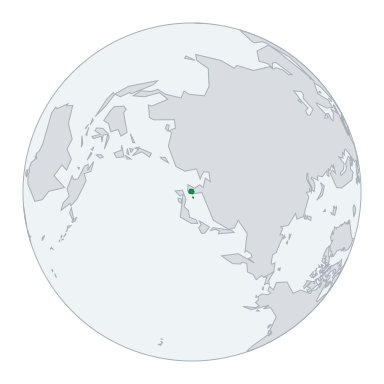 North Gyeongsang on an orthographic globe, rotated 110°
{"feature_id": "KOR-2509", "entity_name": "North Gyeongsang", "entity_type": "Metropolitan City", "adm_level": 1, "iso_a3": "KOR", "parent_name": "South Korea", "parent_adm1": "", "projection": "orthographic", "projection_center": [128.783, 36.538], "detail": "fine", "context": "on_globe", "style": "filled", "palette": "green", "viewbox_px": 384, "rotation_deg": 110, "n_neighbors": 0, "source": "natural_earth", "source_scale": "10m", "svg_char_len": 12546}
<svg xmlns="http://www.w3.org/2000/svg" viewBox="0 0 384 384"><g transform="rotate(110 192 192)"><circle cx="192" cy="192" r="169" fill="#eef3f6" stroke="#a8b0b8"/><path d="M318.6,290.1L318.4,290.9L318.2,291.1L318.6,290.1ZM320.6,82.5L320.6,82.4L320.9,82.7L323.2,85.5L321.5,83.8L322.2,85.8L315.3,82.0L300.0,71.7L301.0,70.7L297.2,68.7L295.7,70.1L295.6,71.6L280.5,70.1L273.8,78.4L277.2,84.8L272.1,80.8L282.3,96.1L282.1,105.0L278.9,92.7L275.9,89.9L274.1,94.6L270.7,92.7L267.9,94.1L264.0,91.6L262.4,85.1L259.8,83.5L258.7,87.0L254.1,87.0L256.1,82.1L248.2,81.8L244.1,71.9L252.6,62.4L247.0,56.4L246.9,46.0L243.6,45.6L241.4,42.0L236.7,40.3L238.0,39.3L233.2,38.9L232.9,40.2L230.6,40.6L227.8,39.9L229.0,38.3L230.6,38.4L229.5,37.6L231.3,37.2L228.8,37.0L230.6,35.4L224.8,35.9L222.7,33.9L225.0,33.1L230.1,34.5L248.1,37.6L252.0,38.0L252.3,36.8L241.8,31.4L243.9,31.6L242.8,30.9L239.2,29.9L238.8,30.2L231.9,28.6L232.1,29.6L229.4,29.2L227.5,30.1L222.1,28.7L217.8,27.0L219.0,26.4L217.2,25.8L211.3,25.6L209.2,24.2L200.3,23.2L212.8,24.3L225.1,26.3L237.3,29.2L249.3,33.0L260.9,37.7L272.2,43.3L283.0,49.6L293.3,56.8L303.0,64.6L312.2,73.2L320.6,82.5ZM346.8,171.8L345.4,168.8L346.8,168.9L346.8,171.8ZM344.1,168.3L344.7,169.0L344.1,168.6L344.1,168.3ZM343.4,168.8L343.9,168.4L343.4,169.2L343.4,168.8ZM342.6,169.9L343.0,169.2L343.0,169.4L342.6,169.9ZM340.9,170.6L340.4,170.7L340.6,169.7L340.9,170.6ZM296.2,72.7L296.0,70.4L298.6,70.0L299.2,72.1L296.2,72.7ZM290.7,74.1L289.7,72.3L294.0,74.0L293.3,74.5L290.7,74.1ZM280.4,90.1L280.9,87.6L281.6,90.8L280.4,90.1ZM268.2,94.7L269.1,96.1L267.3,96.3L268.2,94.7ZM230.6,30.9L229.1,30.5L230.2,30.5L230.6,30.9ZM231.2,31.7L233.6,32.1L234.3,32.5L232.8,32.3L231.2,31.7ZM259.6,92.7L256.3,92.8L259.4,91.6L259.6,92.7ZM228.1,31.3L235.2,33.3L236.3,34.2L231.5,34.2L228.1,31.3ZM254.2,92.1L246.3,92.7L247.7,95.6L239.3,87.9L248.8,89.7L252.3,87.7L252.0,90.3L254.2,92.1ZM234.0,41.0L234.2,39.6L236.6,41.5L234.0,41.0ZM236.1,42.2L246.6,48.4L244.9,50.5L241.7,47.9L241.6,51.4L235.6,49.3L234.3,46.9L236.6,45.9L232.5,45.9L236.1,42.2ZM235.9,83.8L233.7,83.1L235.7,82.6L235.9,83.8ZM229.9,41.0L232.2,41.9L230.9,43.7L226.1,42.2L228.1,42.1L229.9,41.0ZM244.5,53.5L242.7,54.7L237.3,53.3L235.9,53.7L235.3,49.4L244.5,53.5ZM226.9,41.3L223.7,41.4L221.8,40.0L227.6,40.2L226.9,41.3ZM232.6,44.9L231.7,45.7L230.6,44.7L232.6,44.9ZM213.1,35.4L215.9,36.2L215.4,37.2L213.1,35.4ZM222.6,41.6L223.3,42.1L223.4,42.6L220.9,42.4L222.6,41.6ZM231.6,48.9L229.7,48.1L231.5,50.5L227.6,49.8L227.9,47.2L226.1,48.0L224.9,47.8L226.5,45.9L231.6,48.9ZM218.8,44.0L217.8,40.8L212.8,38.9L213.0,38.0L221.1,41.2L218.8,44.0ZM223.2,45.2L220.5,44.2L222.2,43.4L225.0,43.6L223.2,45.2ZM224.8,50.3L230.7,52.1L230.5,52.6L224.8,50.3ZM217.0,43.6L217.3,44.4L216.4,43.5L217.0,43.6ZM222.0,48.3L224.2,48.8L223.8,49.4L222.0,48.3ZM216.0,45.7L215.7,44.6L217.6,44.6L216.0,45.7ZM218.5,47.0L217.5,47.7L218.5,45.3L219.5,47.1L218.5,47.0ZM221.3,48.8L221.8,49.3L220.5,48.5L221.3,48.8ZM208.9,46.3L209.8,43.3L214.0,43.3L212.6,46.2L208.9,46.3ZM79.1,66.3L74.8,70.5L72.4,73.1L68.5,76.7L54.6,94.3L56.4,93.3L49.1,107.5L47.7,114.6L56.6,107.3L59.0,95.4L64.7,88.8L67.0,94.3L65.7,105.6L67.9,103.5L73.1,93.0L77.3,92.7L75.5,89.3L72.9,92.8L71.6,90.9L73.9,87.7L75.3,87.5L77.0,83.7L69.9,85.9L66.5,89.7L68.1,82.9L62.6,88.8L61.5,88.7L70.4,78.8L72.9,76.9L85.7,64.4L83.1,65.7L70.9,77.8L72.7,75.4L69.1,77.9L73.3,74.1L87.3,61.2L91.8,56.4L90.5,56.9L105.0,47.2L99.2,51.0L102.1,49.4L110.9,44.4L107.0,47.0L109.3,46.0L106.0,48.6L108.0,49.6L105.6,52.3L112.7,50.5L112.5,51.8L108.3,52.4L104.2,54.6L99.1,62.4L100.0,63.3L105.1,61.6L103.0,64.3L108.6,61.7L108.8,66.0L113.2,58.8L119.2,57.4L122.8,59.1L125.6,57.5L119.7,54.9L116.7,55.1L112.8,57.2L105.2,57.5L105.6,55.4L116.5,50.7L118.2,47.5L126.0,45.9L137.1,52.9L138.4,57.5L127.3,68.2L123.3,67.7L125.3,63.5L117.6,68.8L121.0,67.6L119.3,70.1L124.7,69.8L123.7,71.6L130.5,68.6L129.9,70.8L125.7,72.6L133.1,74.7L133.7,79.3L135.8,79.0L137.9,77.4L137.3,84.7L138.9,84.2L139.7,81.5L143.5,78.9L149.8,77.3L149.2,79.9L146.9,80.8L141.0,86.9L134.8,89.4L135.2,90.3L140.4,88.9L147.6,81.3L151.6,79.7L148.7,83.3L150.1,81.9L151.9,81.9L153.1,84.4L156.5,80.6L177.1,78.9L181.6,84.2L176.7,87.3L190.5,90.2L194.4,96.9L195.2,94.3L202.3,94.6L201.2,92.5L202.1,91.3L219.9,92.2L223.6,94.8L232.1,93.2L232.5,92.0L230.2,89.9L239.3,87.9L247.7,95.6L246.4,97.9L252.5,101.6L248.6,106.4L248.2,112.4L240.4,116.1L240.7,120.9L243.1,121.8L245.4,129.4L241.9,142.4L234.2,127.5L237.4,109.2L235.2,116.0L232.6,113.4L229.9,115.3L228.5,120.5L230.3,121.7L212.2,125.9L202.8,138.9L211.1,139.7L214.6,144.8L211.1,162.4L189.2,182.5L193.6,191.3L192.7,196.3L186.4,198.3L187.5,190.9L182.6,187.2L184.1,183.0L174.3,184.3L176.1,178.4L167.6,182.8L169.0,188.1L177.0,188.8L168.8,195.6L174.8,205.7L173.6,215.7L157.2,229.8L143.4,231.5L142.2,234.3L137.6,229.4L130.1,233.3L137.3,252.7L136.5,257.4L125.1,262.8L125.1,259.3L113.1,246.4L109.7,256.6L118.7,269.1L121.8,280.4L114.4,274.7L111.4,264.4L107.2,259.5L109.2,250.4L107.3,234.4L99.8,234.1L101.2,228.4L97.4,213.2L87.2,212.0L70.4,219.0L66.7,232.6L61.5,235.6L58.5,209.7L61.3,194.7L57.7,193.0L56.8,175.8L47.8,162.0L48.8,157.3L46.6,156.2L46.3,148.2L48.7,140.9L47.5,138.1L41.6,157.4L43.2,160.6L47.7,158.9L45.5,164.7L46.1,173.8L37.3,179.1L27.7,170.3L30.6,159.3L43.3,121.7L45.1,119.6L45.3,119.3L45.7,118.6L42.9,121.5L46.4,114.8L35.4,138.0L31.9,146.5L27.5,170.6L27.0,171.1L26.7,177.4L30.6,184.7L29.7,187.9L25.6,197.6L23.4,202.6L23.1,189.9L23.7,177.2L25.3,164.6L27.8,152.2L31.2,140.0L35.6,128.1L40.8,116.5L46.9,105.4L53.8,94.7L61.5,84.6L70.0,75.2L79.1,66.3ZM60.3,123.6L62.1,130.9L68.1,121.7L69.3,123.9L70.9,120.2L68.5,121.1L73.5,111.6L76.7,113.0L80.0,109.9L79.6,107.4L72.9,106.5L65.7,119.7L62.4,120.6L60.3,123.6ZM125.3,39.0L122.0,40.6L120.1,40.8L123.2,38.5L126.0,37.9L125.3,39.0ZM117.9,42.8L127.9,39.5L126.4,41.2L125.5,40.7L123.6,42.2L121.6,41.9L110.4,47.2L108.0,47.9L114.9,42.5L114.0,43.7L117.2,42.0L117.9,42.8ZM156.1,31.7L160.4,31.3L151.7,35.3L148.6,35.3L151.4,32.7L156.7,31.2L156.1,31.7ZM218.4,31.4L220.6,31.7L220.3,32.0L218.1,32.1L218.4,31.4ZM214.4,35.7L208.3,30.7L210.5,30.7L204.3,28.3L207.7,27.5L211.7,29.0L209.6,26.8L214.6,27.8L212.5,26.5L221.0,29.9L225.3,31.0L219.1,30.0L215.8,30.6L215.7,31.3L218.7,34.1L226.5,37.3L224.4,38.9L220.9,39.1L218.8,38.5L220.8,37.6L216.4,37.6L217.7,35.9L214.4,35.7ZM181.2,46.4L184.4,44.6L175.9,46.0L177.1,43.6L176.0,43.9L174.8,42.1L171.4,40.7L172.7,39.7L170.9,39.6L170.0,38.6L167.9,38.2L169.5,36.4L167.0,35.8L169.2,35.3L164.5,34.9L168.7,34.4L168.0,33.4L164.3,34.4L178.1,27.6L180.7,25.7L180.5,24.6L187.8,24.5L192.5,25.7L195.1,27.9L191.7,30.0L195.6,29.8L195.0,30.8L192.2,30.5L196.3,31.6L195.1,32.4L197.4,35.6L204.1,37.1L205.1,38.5L201.9,38.3L205.2,39.9L199.8,40.6L200.4,41.7L195.7,43.8L189.1,43.2L190.3,44.5L186.8,46.4L181.2,46.4ZM207.4,46.8L199.3,46.2L196.0,44.7L205.6,41.8L205.8,40.7L211.8,39.2L216.5,41.5L214.3,41.7L213.3,42.4L212.3,41.4L212.4,42.8L209.4,43.1L208.7,44.4L206.3,43.8L207.4,46.8ZM72.8,73.2L71.4,74.8L70.1,76.8L67.8,78.6L72.8,73.2ZM82.2,64.3L81.5,65.2L77.6,68.3L79.0,66.8L82.2,64.3ZM84.4,63.3L81.7,65.0L84.0,63.2L84.4,63.3ZM108.0,53.3L107.6,54.4L106.3,55.0L105.0,55.0L108.0,53.3ZM156.2,51.4L158.6,50.2L159.2,50.6L165.3,49.9L164.9,51.8L161.1,53.1L156.2,51.4ZM55.1,106.8L53.6,106.6L54.7,104.6L55.0,105.0L55.1,106.8ZM59.5,91.5L56.9,96.1L58.9,92.0L59.5,91.5ZM156.7,53.4L159.3,52.8L157.5,54.1L156.7,53.4ZM164.9,53.3L163.4,54.9L165.5,52.0L164.9,53.3ZM29.8,239.3L29.5,238.1L32.4,247.3L29.8,239.3ZM163.6,312.3L168.8,313.6L168.7,314.1L163.6,312.3ZM158.1,309.4L164.0,310.6L157.2,310.5L158.1,309.4ZM166.3,311.0L172.3,310.8L174.9,310.2L174.5,311.3L166.3,311.0ZM154.2,308.7L133.4,303.7L125.3,299.8L127.1,298.2L140.1,302.3L154.2,308.7ZM126.4,298.0L114.4,287.8L99.2,262.5L104.6,265.2L120.7,283.0L119.7,284.6L127.0,291.9L126.4,298.0ZM156.2,293.8L155.1,299.4L143.5,296.4L138.3,294.2L134.7,285.6L136.7,282.2L140.9,283.4L158.1,273.4L163.9,277.9L158.5,282.8L163.3,289.0L156.2,293.8ZM67.1,234.3L68.9,244.7L66.3,244.3L67.1,234.3ZM165.7,264.8L158.4,269.7L165.3,262.6L165.7,264.8ZM170.3,257.5L170.4,260.8L167.8,257.1L170.3,257.5ZM141.4,238.9L136.9,238.5L137.1,236.1L143.0,235.3L141.4,238.9ZM172.6,224.2L171.4,231.3L170.1,233.6L168.6,228.9L172.6,224.2ZM157.0,71.9L149.0,70.5L143.0,71.3L139.2,74.5L141.1,69.7L150.4,68.3L157.0,71.9ZM174.7,77.6L178.0,75.2L178.9,76.9L178.2,77.7L174.7,77.6ZM175.0,75.7L174.7,71.5L178.1,70.7L177.7,74.1L175.0,75.7ZM165.4,61.6L163.0,61.0L164.5,59.8L165.4,61.6ZM266.8,343.5L263.8,344.9L279.5,336.3L281.8,335.0L277.1,338.0L276.0,338.6L266.8,343.5ZM228.3,355.2L227.2,353.8L234.7,352.5L232.4,354.2L228.3,355.2ZM284.2,333.2L288.4,330.0L289.2,328.2L289.7,329.2L294.0,326.5L283.5,334.0L284.2,333.2ZM198.4,348.6L166.2,350.9L158.8,349.1L159.9,347.3L151.6,338.8L153.9,339.4L151.5,333.7L170.1,331.5L183.2,322.7L194.4,324.2L202.3,316.7L214.2,317.4L211.1,323.6L223.9,327.2L231.4,313.2L240.3,326.8L250.4,330.0L254.5,336.5L240.6,349.0L231.5,352.0L229.3,351.6L225.7,352.9L219.3,353.2L214.8,350.6L211.3,351.7L214.3,349.1L209.4,351.5L205.6,349.5L198.4,348.6ZM283.6,315.8L285.6,315.5L289.1,316.3L285.8,317.1L283.6,315.8ZM313.5,295.7L314.6,296.0L312.4,297.5L313.5,295.7ZM318.2,291.1L315.7,293.1L318.6,290.1L318.2,291.1ZM293.0,305.0L294.1,305.4L293.3,306.0L293.0,305.0ZM292.2,305.0L293.2,303.2L293.2,304.6L292.2,305.0ZM282.2,300.4L283.3,299.3L283.9,299.8L282.2,300.4ZM176.6,314.7L183.7,311.3L187.8,311.3L176.6,314.7ZM280.4,299.3L277.4,299.9L277.7,299.0L280.4,299.3ZM280.5,297.3L280.1,296.2L282.1,298.4L280.5,297.3ZM274.7,296.1L278.4,297.3L274.3,296.4L274.7,296.1ZM272.6,296.8L270.0,296.4L270.2,296.0L272.6,296.8ZM244.4,302.8L254.0,308.7L246.5,309.4L238.0,305.9L231.9,310.4L217.7,310.2L220.8,307.6L218.7,303.6L204.3,301.8L201.4,299.0L206.5,297.4L197.1,294.8L207.3,294.0L211.6,299.7L217.4,295.4L227.7,296.4L237.9,297.7L246.3,301.0L244.4,302.8ZM207.6,306.1L209.4,306.2L207.9,307.7L207.6,306.1ZM265.1,294.4L268.8,296.3L268.4,297.0L266.6,297.0L265.1,294.4ZM248.2,299.9L257.2,294.4L259.3,294.2L253.4,300.0L248.2,299.9ZM254.9,291.7L259.1,291.8L261.5,294.0L260.6,294.8L254.9,291.7ZM186.8,299.8L186.4,301.3L183.8,299.8L186.8,299.8ZM190.1,299.2L198.0,301.4L189.4,300.4L190.1,299.2ZM166.7,290.9L168.9,295.0L176.0,293.6L170.6,296.2L175.5,302.9L174.0,304.9L169.1,297.8L167.6,304.1L164.5,303.5L162.7,297.6L165.7,291.0L168.8,288.5L181.6,289.0L166.7,290.9ZM190.0,294.7L187.9,290.1L189.5,287.4L191.7,289.9L190.0,294.7ZM182.1,278.7L176.9,272.7L172.0,274.1L182.2,267.9L185.4,274.7L182.1,278.7ZM178.1,266.4L173.4,267.6L178.4,263.9L178.1,266.4ZM172.4,265.6L172.1,261.7L175.7,262.8L172.4,265.6ZM180.5,266.9L181.8,260.5L183.3,264.6L180.5,266.9ZM171.3,252.9L178.5,260.4L168.7,256.2L169.5,243.4L173.8,243.8L171.3,252.9ZM202.5,203.1L202.1,199.1L206.3,198.6L205.4,201.5L202.5,203.1ZM219.5,194.5L207.3,197.2L197.4,199.8L199.9,201.9L196.8,208.2L193.5,201.6L201.2,195.1L208.5,194.4L210.6,189.0L216.5,185.7L216.7,178.7L219.6,175.9L221.7,182.2L219.5,194.5ZM216.5,175.8L219.0,163.7L226.4,166.0L227.5,169.1L223.2,173.6L219.6,172.1L216.5,175.8ZM221.8,161.5L218.3,160.1L214.5,141.7L215.6,138.6L222.3,153.1L219.4,152.6L219.0,156.9L221.8,161.5ZM233.9,84.5L233.8,83.2L235.2,84.5L233.9,84.5ZM201.3,90.2L202.8,88.8L204.5,90.1L201.3,90.2ZM207.8,85.9L204.9,85.3L208.3,84.8L207.8,85.9ZM198.2,84.4L203.8,84.6L198.1,86.0L198.2,84.4Z" fill="#d9dde1" stroke="#a8b0b8" stroke-width="1"/><path d="M193.5,191.8L193.6,192.0L193.6,192.4L193.5,192.5L193.4,192.6L193.4,193.0L193.5,193.1L193.5,193.3L193.4,193.4L193.4,193.5L193.5,193.5L193.8,193.4L193.9,193.5L193.8,193.8L193.8,194.0L193.7,194.2L193.7,194.3L193.6,194.5L193.4,194.7L193.2,194.7L192.9,194.5L192.7,194.6L192.6,194.8L192.4,194.8L192.2,194.8L192.0,195.0L191.9,195.0L191.9,194.9L191.7,194.9L191.4,194.6L191.3,194.8L191.1,194.8L190.9,194.7L190.6,194.7L190.6,194.4L190.5,194.2L190.4,194.2L190.2,194.2L189.9,194.0L189.9,193.9L189.9,193.7L190.0,193.5L190.0,193.4L190.1,193.2L190.2,192.9L189.9,192.9L189.7,192.9L189.7,192.7L189.8,192.7L189.8,192.4L189.8,192.2L189.7,192.0L189.6,191.9L189.8,191.8L189.8,191.7L190.0,191.6L190.3,191.6L190.2,191.5L190.2,191.4L190.3,191.3L190.4,191.2L190.5,191.3L190.6,191.2L190.8,191.2L190.9,191.3L191.0,191.3L191.2,191.1L191.2,190.9L191.3,190.8L191.5,190.7L191.8,190.6L192.0,190.5L191.9,190.4L192.0,190.4L192.2,190.5L192.3,190.5L192.5,190.5L192.8,190.5L193.0,190.6L192.9,190.7L192.7,190.7L192.7,190.8L192.8,190.9L192.9,191.0L193.0,191.1L193.2,191.3L193.2,191.5L193.3,191.8L193.4,191.7L193.5,191.8L193.5,191.8ZM191.9,194.0L191.9,193.9L191.9,193.7L191.7,193.6L191.4,193.7L191.4,193.8L191.4,194.0L191.4,194.3L191.5,194.3L191.5,194.2L191.8,194.2L191.9,194.0ZM197.0,189.0L196.9,189.2L196.7,189.2L196.8,189.0L197.0,189.0Z" fill="#22c55e" stroke="#15803d" stroke-width="1.5"/></g></svg>